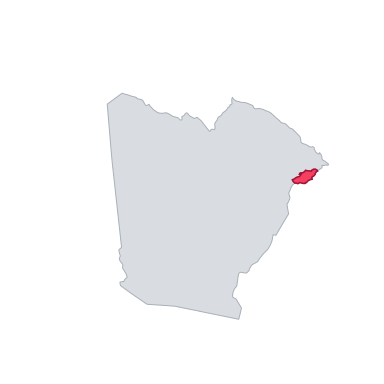 Tébessa on a map of Algeria (Albers equal-area conic projection), rotated 44°
{"feature_id": "DZA-2223", "entity_name": "Tébessa", "entity_type": "Province", "adm_level": 1, "iso_a3": "DZA", "parent_name": "Algeria", "parent_adm1": "", "projection": "albers", "projection_center": [7.688, 35.056], "detail": "fine", "context": "in_parent", "style": "filled", "palette": "rose", "viewbox_px": 384, "rotation_deg": 44, "n_neighbors": 0, "source": "natural_earth", "source_scale": "10m", "svg_char_len": 5458}
<svg xmlns="http://www.w3.org/2000/svg" viewBox="0 0 384 384"><g transform="rotate(44 192 192)"><path d="M270.9,77.1L271.1,77.8L271.2,78.4L270.2,79.0L269.5,79.4L268.8,81.1L267.3,82.2L267.1,82.6L267.1,82.9L268.1,83.4L268.4,83.9L268.6,84.6L268.1,86.9L267.5,91.1L267.5,92.0L267.9,93.1L268.3,93.9L268.4,94.9L268.3,97.2L268.8,98.6L269.2,99.8L268.3,101.4L267.9,102.8L267.7,104.7L267.6,106.0L267.0,107.1L266.3,108.2L265.5,108.9L264.4,109.5L263.2,110.3L262.2,112.3L260.1,114.0L259.7,114.6L259.5,115.9L259.5,117.8L259.9,119.3L260.9,121.6L261.8,124.0L262.1,125.2L262.4,125.7L263.7,126.5L265.8,127.6L266.3,128.0L267.3,129.7L268.4,132.7L268.7,134.7L272.6,137.7L276.4,140.4L276.7,140.8L278.8,149.9L279.6,153.2L282.4,164.8L281.3,165.5L280.1,166.4L281.0,167.9L282.8,170.5L283.9,172.5L284.3,173.4L285.2,176.0L285.9,178.5L286.1,179.3L286.4,181.2L286.2,186.5L286.9,193.3L287.6,196.6L286.6,199.7L285.8,202.6L285.9,204.0L286.4,206.3L286.9,207.9L287.6,208.8L287.6,211.6L287.3,212.7L285.3,214.2L283.0,215.6L282.4,216.7L282.2,218.0L282.6,219.0L289.4,228.4L289.6,229.4L289.8,232.1L291.0,235.4L292.2,236.9L292.7,237.9L293.5,238.7L294.4,239.3L294.9,239.3L297.9,238.3L303.0,239.7L307.9,241.0L308.3,241.3L311.3,246.3L314.0,251.1L259.0,286.1L252.8,291.2L238.0,303.7L236.8,304.2L217.3,307.4L207.1,308.8L206.6,308.9L206.1,308.9L205.6,308.9L204.8,308.5L203.8,307.7L203.1,307.3L202.9,306.7L203.4,305.9L203.9,305.3L204.1,304.7L204.5,304.3L205.0,304.0L205.0,303.5L204.7,302.7L204.4,301.6L204.5,299.6L204.6,298.6L203.7,297.8L202.0,296.9L200.4,296.3L199.6,296.1L197.9,295.7L195.5,295.1L194.6,294.7L193.1,292.7L192.4,292.2L188.7,291.7L187.5,291.3L186.5,290.8L185.7,290.1L185.3,289.1L185.2,288.3L184.9,287.8L181.0,285.6L180.0,284.8L179.5,284.1L179.6,283.2L179.8,282.1L179.7,281.0L179.5,280.5L114.6,226.6L111.2,223.7L103.6,217.1L70.0,187.7L72.9,170.5L73.1,169.6L73.3,169.3L74.6,168.8L76.7,167.7L77.4,167.2L78.4,166.7L81.7,165.2L82.5,164.7L85.7,162.9L86.5,162.7L88.1,162.7L88.8,162.4L89.8,161.6L91.3,160.8L92.2,160.4L92.4,160.4L93.0,160.4L95.6,161.1L96.7,161.5L98.1,161.9L98.5,161.8L98.9,161.6L99.5,160.9L99.8,160.1L99.9,159.3L100.0,159.0L100.3,158.9L100.9,159.0L101.7,159.2L103.3,159.4L103.8,159.4L105.7,159.5L108.4,159.4L112.2,158.7L114.1,157.6L115.6,156.4L117.2,154.5L118.5,152.8L120.8,152.0L122.6,151.5L123.7,151.4L126.1,150.7L130.2,148.4L133.4,148.3L133.9,148.1L134.4,147.7L134.5,146.9L134.0,146.2L133.4,145.8L133.0,145.4L132.6,145.3L132.4,144.9L132.6,144.1L132.7,143.5L133.1,142.8L133.1,141.8L132.8,140.8L132.7,140.1L132.8,139.4L133.1,138.9L133.8,138.6L134.6,138.5L135.6,138.8L137.5,138.8L142.4,137.6L142.7,137.1L143.2,136.0L143.6,135.0L144.1,134.7L144.4,134.7L148.2,134.4L149.1,134.4L156.0,135.4L162.0,136.2L162.6,136.0L162.6,135.3L162.4,133.8L162.7,133.0L163.6,132.3L164.8,131.5L164.4,130.3L163.6,129.5L162.5,128.5L161.9,128.1L160.9,127.0L160.4,125.7L160.2,123.1L159.5,121.6L159.0,119.8L159.9,116.6L159.3,114.5L159.2,113.7L159.3,112.7L159.7,111.0L159.8,108.5L159.1,105.9L159.6,105.1L159.9,104.7L159.8,104.3L159.1,103.4L158.8,102.8L159.0,102.2L159.6,101.3L159.6,100.9L158.3,99.7L156.2,97.7L155.7,96.9L155.5,95.9L157.6,96.3L158.7,96.3L161.4,95.4L163.6,94.0L165.2,93.4L166.8,91.8L168.1,90.8L170.0,89.8L175.4,87.7L176.2,87.8L177.9,88.5L179.4,88.4L180.5,87.6L181.8,85.6L183.6,84.4L185.8,83.2L188.8,82.2L190.8,81.2L193.8,80.4L201.4,80.2L205.3,79.9L208.0,80.2L210.7,78.5L212.1,78.0L217.8,78.1L220.6,76.9L230.9,77.2L232.1,77.7L233.3,78.4L235.4,80.2L236.4,80.6L237.8,80.3L241.0,78.7L244.6,77.9L246.5,77.0L247.3,75.6L249.0,75.1L249.9,76.2L253.6,77.3L255.9,77.0L256.9,76.7L256.5,75.1L258.9,75.5L260.7,76.3L262.7,77.9L263.9,78.2L266.2,77.5L270.9,77.1Z" fill="#d9dde1" stroke="#a8b0b8" stroke-width="1"/><path d="M266.1,108.6L265.0,109.2L264.5,109.5L263.6,109.9L263.1,110.2L262.9,110.7L262.5,112.2L262.4,112.4L262.3,112.6L262.1,112.7L261.4,112.8L261.0,113.0L260.7,113.3L260.4,113.7L260.0,114.1L257.7,114.2L257.1,114.1L256.3,113.9L255.6,113.5L256.4,111.7L256.6,110.8L256.8,109.6L256.9,109.1L257.1,108.5L257.2,108.4L257.4,108.2L257.6,107.6L258.0,107.1L258.2,106.7L258.5,106.1L258.5,105.9L258.5,105.7L258.3,105.0L258.3,104.9L258.4,104.1L258.3,103.9L258.2,103.8L258.2,103.7L258.2,103.2L258.0,102.9L257.9,102.9L257.7,102.9L257.4,102.9L257.3,103.1L257.2,103.2L257.0,103.3L257.0,103.5L256.9,103.7L256.9,103.8L257.0,103.8L257.1,104.0L257.1,104.4L257.2,104.5L256.9,104.7L256.8,104.4L256.8,104.2L256.7,104.1L256.6,103.9L256.6,103.7L256.6,103.4L256.6,103.2L257.0,102.5L257.3,102.2L257.7,101.7L258.4,101.0L258.5,100.7L258.7,100.1L258.6,99.9L258.6,99.7L258.6,99.2L258.7,98.8L258.7,98.6L258.6,98.4L258.7,97.9L258.7,97.7L258.6,97.4L258.8,97.3L259.8,96.9L260.1,96.6L262.5,94.7L262.9,94.6L263.0,94.6L263.3,94.3L263.2,94.0L263.0,93.5L263.0,93.2L263.0,92.8L263.4,91.9L263.5,91.8L263.4,91.6L263.5,91.3L263.7,91.0L263.8,90.8L263.9,90.7L264.0,90.6L264.4,90.4L264.5,90.3L264.6,90.2L264.7,89.9L264.8,89.8L265.3,89.7L265.8,89.7L266.1,89.6L266.3,89.5L266.7,89.5L266.8,89.4L267.0,89.3L267.2,89.5L267.3,89.6L267.7,89.8L267.8,89.8L267.5,90.6L267.5,91.7L267.5,92.2L267.7,92.7L268.2,93.5L268.4,93.9L268.4,94.4L268.5,95.4L268.5,95.8L268.1,96.8L268.0,97.2L268.0,97.7L268.1,98.2L268.3,98.7L268.7,98.9L269.2,99.0L269.6,99.3L269.4,99.6L268.8,100.6L268.3,101.2L268.2,101.6L268.0,102.6L267.7,103.3L267.6,103.8L267.6,104.3L267.9,105.6L267.8,105.8L267.7,105.9L267.4,106.3L267.3,106.5L267.2,106.7L267.5,107.1L267.4,107.3L267.0,107.5L266.9,107.9L266.8,108.0L266.5,108.2L266.1,108.6Z" fill="#f43f5e" stroke="#9f1239" stroke-width="1.5"/></g></svg>